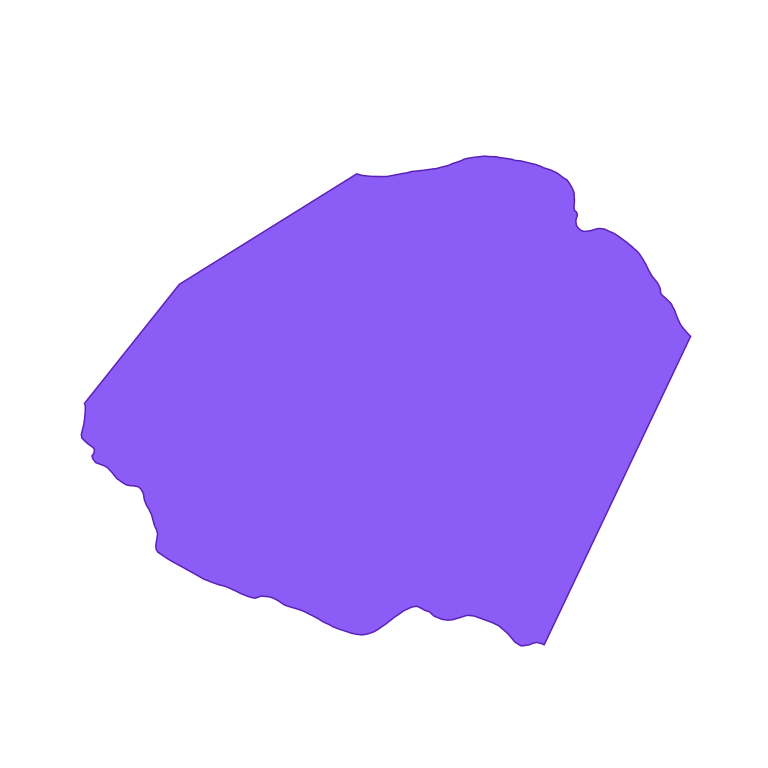 the district of Gayabois, Choiseul, Saint Lucia, rotated 104°
{"feature_id": "8701671B55791110195050", "entity_name": "Gayabois", "entity_type": "district", "adm_level": 2, "iso_a3": "LCA", "parent_name": "Saint Lucia", "parent_adm1": "Choiseul", "projection": "robinson", "projection_center": [-61.02, 13.786], "detail": "fine", "context": "isolated", "style": "filled", "palette": "violet", "viewbox_px": 768, "rotation_deg": 104, "n_neighbors": 0, "source": "geoboundaries", "source_scale": "gbopen_adm2", "svg_char_len": 4320}
<svg xmlns="http://www.w3.org/2000/svg" viewBox="0 0 768 768"><g transform="rotate(104 384 384)"><path d="M186.7,461.3L336.8,606.7L475.4,670.0L477.0,668.7L482.6,667.3L488.8,666.3L494.7,665.6L501.2,665.5L502.6,665.5L506.2,665.5L509.5,664.1L511.5,660.9L513.7,656.8L515.0,653.5L515.6,651.8L516.6,650.2L518.0,649.0L521.4,648.8L524.5,650.0L527.5,648.0L530.1,644.5L530.5,640.4L531.1,635.2L532.2,631.9L535.7,626.4L538.5,622.9L540.6,619.8L543.0,613.6L544.2,609.5L544.1,605.8L543.4,602.8L543.2,597.3L544.7,594.5L548.1,591.2L554.4,588.5L558.7,585.5L563.0,581.3L567.4,577.7L571.5,575.5L576.8,572.5L581.0,569.1L584.4,567.4L588.5,567.0L595.9,566.4L600.0,564.8L602.0,562.5L604.3,556.2L606.2,551.0L608.1,544.3L609.9,537.3L612.0,529.5L613.5,523.8L615.1,517.9L616.9,511.8L617.5,506.6L617.9,504.0L618.7,496.4L618.7,491.8L618.8,488.5L619.5,484.3L621.0,476.5L622.0,472.3L622.4,469.1L623.1,463.8L623.2,459.3L622.9,457.0L619.3,451.6L619.3,450.2L618.3,444.5L618.5,439.9L619.6,435.2L620.5,432.5L621.6,429.7L622.6,426.3L622.9,422.5L623.3,413.6L623.8,408.0L624.3,405.2L625.2,401.5L626.4,395.9L627.7,390.9L629.5,385.6L630.8,378.6L631.9,374.9L632.7,368.5L633.3,359.6L633.7,355.6L633.5,350.2L632.9,345.4L632.3,343.4L630.3,339.1L629.9,338.4L626.6,333.5L623.6,330.5L620.0,327.4L617.1,324.7L613.4,321.8L607.8,317.5L601.1,311.5L599.5,310.3L594.2,303.7L592.5,300.6L591.7,298.0L592.7,293.2L593.7,289.9L594.1,284.6L597.1,279.3L598.3,270.9L597.8,265.6L596.4,260.9L592.2,253.7L589.1,248.7L588.2,246.6L587.4,241.3L587.4,239.2L588.7,227.2L589.3,221.5L590.8,214.2L593.6,208.5L596.8,202.6L600.3,197.9L602.8,194.4L604.8,188.3L604.8,186.8L602.0,180.1L599.8,177.1L597.8,173.5L597.8,167.6L598.4,165.6L596.9,165.2L263.5,98.0L263.1,98.8L262.6,99.8L261.5,101.4L260.8,102.5L260.1,103.6L259.1,104.8L258.0,106.5L257.6,107.0L257.1,107.7L255.5,109.7L254.9,110.4L252.9,112.1L251.6,113.1L250.6,113.9L249.6,114.7L246.8,116.7L245.4,117.7L244.2,118.5L242.4,119.7L241.8,120.1L240.2,121.7L239.2,122.6L238.8,122.9L237.0,124.3L235.9,125.9L235.5,126.4L234.7,127.9L233.8,129.4L233.5,129.9L232.6,131.4L230.8,135.1L229.9,136.6L228.2,137.7L226.9,138.2L226.4,138.3L225.8,138.6L224.4,139.3L223.6,139.7L222.5,140.7L221.5,141.4L221.1,141.8L220.2,142.6L219.9,143.0L219.3,143.6L218.7,144.4L218.2,145.0L217.3,146.3L215.7,148.4L214.5,149.9L213.2,151.3L209.0,155.2L207.6,156.4L205.6,158.0L203.9,159.4L203.6,159.9L200.3,162.9L199.0,164.4L198.6,164.8L196.1,167.5L194.7,169.5L194.4,169.8L194.1,170.3L193.7,171.0L192.9,172.6L192.3,173.9L191.2,175.9L190.7,176.7L190.3,177.4L187.7,183.0L186.6,185.7L186.1,187.0L185.5,188.5L185.2,189.1L184.4,191.2L183.9,192.3L183.2,194.3L183.0,194.8L182.7,195.8L182.2,197.3L181.9,198.8L181.6,201.1L181.4,202.6L181.1,203.7L180.9,204.8L180.7,205.7L180.4,206.9L180.4,208.0L180.4,208.7L180.6,209.8L180.8,211.5L181.2,213.2L181.3,213.7L182.5,216.1L184.9,220.0L185.8,222.0L187.0,225.2L187.4,226.2L187.5,226.7L187.5,228.4L187.3,229.4L187.2,230.1L186.7,231.3L186.1,232.5L184.8,234.4L184.3,235.0L183.9,235.3L182.3,236.2L181.5,236.5L180.9,236.8L178.8,237.4L176.6,237.5L174.8,237.2L173.6,237.3L172.9,237.6L172.0,237.7L170.4,239.3L170.1,239.7L169.4,241.1L169.0,241.3L168.7,241.6L167.5,242.1L166.0,242.6L163.8,242.8L159.9,243.6L159.5,243.7L155.6,244.9L154.6,245.2L154.1,245.3L153.3,245.6L152.6,245.9L151.5,246.4L149.9,247.7L149.0,248.2L148.5,248.7L147.9,249.2L146.5,250.5L145.5,251.6L143.9,253.1L142.0,255.6L141.6,256.0L141.4,256.6L141.2,257.7L141.0,258.6L140.7,259.2L140.5,259.8L139.6,261.9L138.5,264.4L137.8,266.2L137.4,267.1L136.3,272.3L136.2,272.8L135.9,275.7L135.8,277.7L135.6,281.0L135.4,282.4L134.9,284.5L134.5,288.4L134.4,289.0L134.3,290.5L134.4,293.9L134.4,297.4L134.4,304.7L134.9,308.3L135.2,309.6L135.3,310.2L135.3,311.8L135.0,314.6L135.3,316.9L135.6,320.3L135.8,322.1L136.0,323.8L136.2,325.2L136.3,326.4L136.4,330.5L136.9,332.5L137.7,336.1L138.2,339.0L138.5,341.3L142.0,350.8L145.1,358.2L146.3,360.2L146.6,360.8L148.3,362.7L150.4,365.8L151.7,367.8L153.9,371.4L155.9,373.7L158.0,377.4L158.2,377.8L160.4,381.9L161.7,384.2L162.8,386.4L163.4,388.5L163.7,389.1L166.8,396.7L167.6,398.8L170.6,407.1L171.0,408.4L173.4,412.5L173.7,413.1L175.4,417.3L176.5,419.5L177.0,420.7L179.4,425.6L180.3,427.8L181.9,431.1L183.3,436.6L185.0,444.0L185.3,445.0L186.2,450.2L186.4,452.5L186.7,454.2L186.9,457.5L186.8,458.5L186.7,461.3Z" fill="#8b5cf6" stroke="#5b21b6" stroke-width="1.5"/></g></svg>